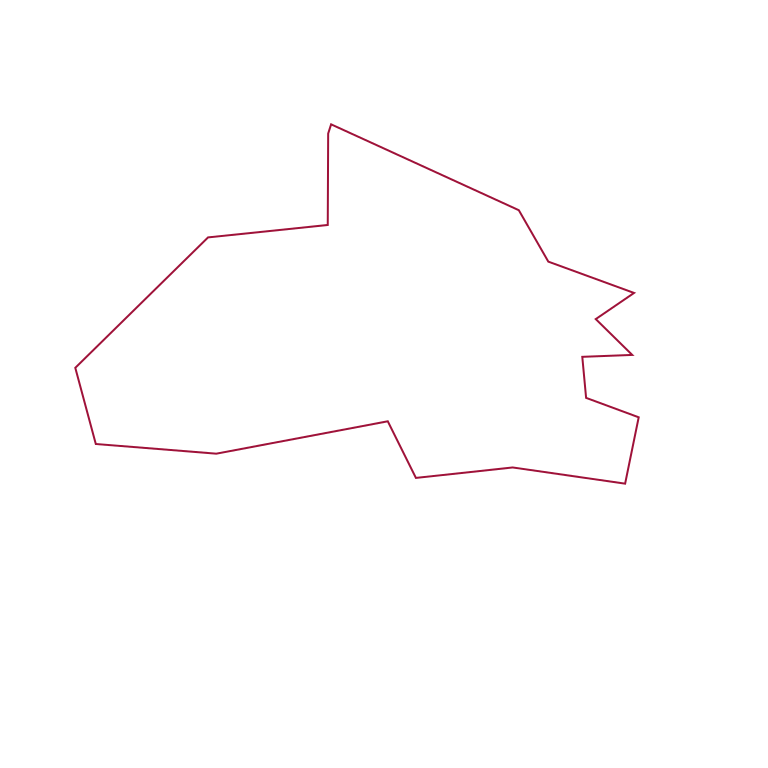 Ikotos, Eastern Equatoria, South Sudan (Equal Earth projection), rotated 129°
{"feature_id": "79223893B75846050285915", "entity_name": "Ikotos", "entity_type": "district", "adm_level": 2, "iso_a3": "SSD", "parent_name": "South Sudan", "parent_adm1": "Eastern Equatoria", "projection": "equal_earth", "projection_center": [33.072, 4.082], "detail": "fine", "context": "isolated", "style": "outline", "palette": "rose", "viewbox_px": 768, "rotation_deg": 129, "n_neighbors": 0, "source": "geoboundaries", "source_scale": "gbopen_adm2", "svg_char_len": 418}
<svg xmlns="http://www.w3.org/2000/svg" viewBox="0 0 768 768"><g transform="rotate(129 384 384)"><path d="M215.5,588.5L224.5,585.0L295.8,527.8L380.8,613.0L565.7,634.1L612.0,570.2L543.7,470.5L410.6,357.6L436.9,300.1L367.9,231.5L309.7,133.9L249.6,165.1L267.6,218.2L238.1,247.0L205.2,209.4L200.3,260.3L155.9,247.0L185.5,333.3L164.1,388.6L197.3,517.8L215.5,588.5Z" fill="none" stroke="#9f1239" stroke-width="2"/></g></svg>